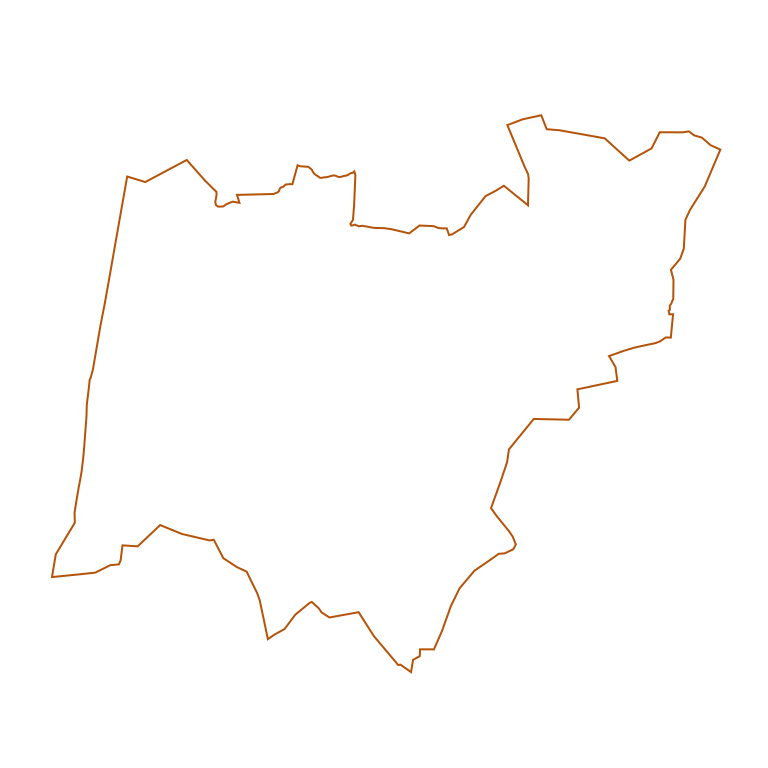 the district of Sule Tankarkar, Jigawa, Nigeria, rotated 276°
{"feature_id": "59680162B44120553871969", "entity_name": "Sule Tankarkar", "entity_type": "district", "adm_level": 2, "iso_a3": "NGA", "parent_name": "Nigeria", "parent_adm1": "Jigawa", "projection": "albers", "projection_center": [9.243, 12.628], "detail": "fine", "context": "isolated", "style": "outline", "palette": "amber", "viewbox_px": 768, "rotation_deg": 276, "n_neighbors": 0, "source": "geoboundaries", "source_scale": "gbopen_adm2", "svg_char_len": 2832}
<svg xmlns="http://www.w3.org/2000/svg" viewBox="0 0 768 768"><g transform="rotate(276 384 384)"><path d="M584.1,306.6L583.4,303.9L583.1,302.0L582.5,300.4L582.4,298.7L583.2,297.4L583.9,296.2L584.7,294.3L586.4,292.0L589.7,289.7L592.1,286.0L591.9,281.6L591.8,277.7L592.5,275.2L573.1,272.0L572.9,269.1L572.0,265.1L569.8,263.5L568.5,260.7L567.1,259.8L565.0,259.5L563.5,258.2L562.3,256.0L561.4,254.1L556.7,218.0L553.3,219.5L552.8,219.8L552.7,219.8L551.8,220.2L551.0,220.5L549.1,221.3L549.5,214.3L546.3,208.4L543.8,205.6L543.4,203.4L543.1,200.4L544.5,198.1L547.4,197.2L554.6,197.7L557.7,197.2L560.9,193.0L567.7,184.6L576.5,175.0L586.2,164.4L559.9,125.5L563.5,106.9L539.3,105.2L508.0,103.0L463.0,99.9L443.6,98.5L433.9,97.8L412.6,95.9L367.9,93.0L360.0,91.7L357.1,90.8L352.2,90.9L332.0,90.6L323.4,91.3L320.4,91.5L300.4,92.1L291.1,92.4L278.9,92.6L265.6,92.4L257.6,91.9L249.3,91.2L236.8,90.4L223.9,89.7L213.7,91.0L180.3,75.4L157.3,74.0L162.8,100.7L166.2,116.5L175.2,130.7L176.9,139.2L181.2,140.5L196.2,140.8L196.8,156.0L220.3,176.1L213.7,198.8L211.1,219.8L210.7,222.7L210.2,227.1L211.3,231.0L202.8,236.6L194.0,242.4L186.5,256.9L183.0,267.0L162.8,279.7L155.9,283.0L118.1,295.2L123.3,301.2L129.9,310.7L145.3,319.9L158.5,332.9L159.7,335.0L154.0,342.7L150.4,345.7L146.1,354.1L154.4,382.6L132.1,400.4L107.1,426.4L106.3,426.9L106.0,427.8L106.5,429.0L106.6,429.8L100.3,441.0L112.7,441.8L117.1,448.0L123.9,447.6L125.3,461.4L144.1,467.4L170.4,473.8L188.7,480.5L207.7,493.4L221.9,510.0L227.1,515.8L228.2,521.8L233.2,529.9L238.2,531.9L245.6,528.0L250.9,523.5L264.1,510.2L271.7,503.4L298.1,509.9L319.2,514.6L332.0,515.1L345.4,523.8L364.9,536.6L367.8,571.7L380.9,580.5L398.9,576.9L411.5,615.7L425.0,612.5L435.3,604.9L441.9,618.6L446.4,629.3L449.1,637.5L453.0,649.6L455.3,654.2L458.1,657.4L459.8,659.4L460.1,664.4L483.6,664.2L483.1,660.5L486.8,659.4L487.7,660.6L490.2,660.3L491.1,660.0L492.0,660.1L493.5,661.1L495.3,661.7L496.5,661.9L498.7,662.8L518.0,661.0L527.6,657.4L535.0,662.4L539.6,665.5L550.0,668.0L578.9,666.6L589.3,670.2L614.1,682.4L652.3,694.0L655.6,683.9L662.3,674.3L663.7,666.4L667.1,660.9L665.5,654.7L663.2,631.9L646.3,625.5L631.8,604.6L651.4,577.8L654.7,531.9L654.4,519.2L667.7,512.3L661.8,494.4L654.4,479.6L614.6,501.2L607.9,505.3L603.7,506.4L576.8,508.5L593.7,482.5L588.0,475.1L581.5,465.4L561.4,452.6L548.4,447.1L540.0,436.1L538.9,433.2L545.4,430.1L544.9,426.4L544.8,421.9L546.2,416.7L545.3,402.7L536.4,393.3L538.7,375.7L539.0,367.7L538.2,357.9L539.1,346.1L538.2,342.2L538.7,341.0L539.0,339.5L539.5,338.4L539.3,337.8L538.5,336.4L538.1,334.9L539.1,334.4L539.7,333.8L544.0,336.0L558.1,335.6L566.5,335.1L589.0,333.7L592.3,332.2L590.8,331.0L590.5,329.4L589.4,327.9L587.9,325.9L587.2,324.4L586.7,322.2L585.9,320.5L585.1,318.3L585.4,316.0L586.0,314.4L586.2,312.3L585.5,309.9L584.1,306.6Z" fill="none" stroke="#b45309" stroke-width="2"/></g></svg>